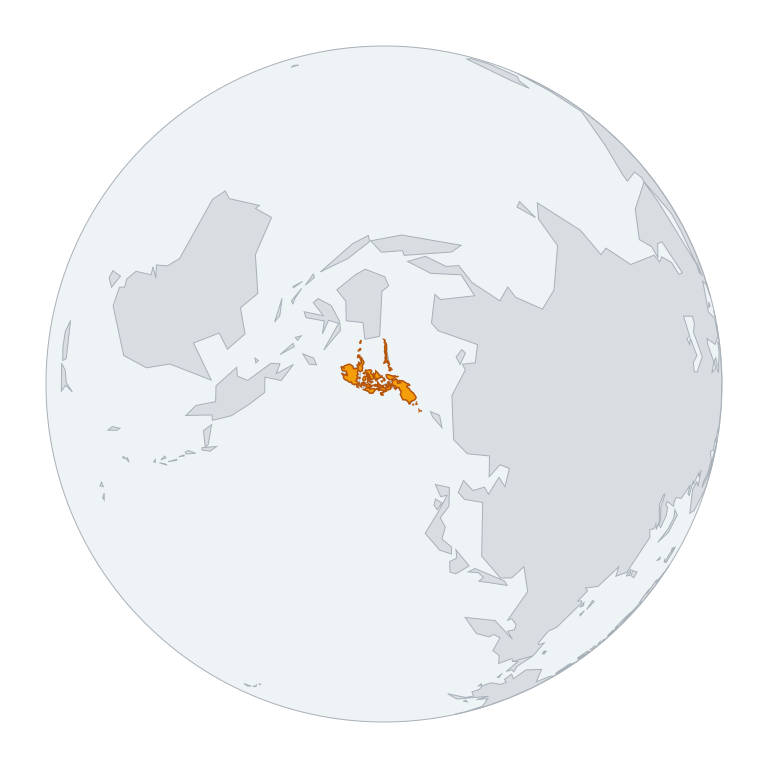 Philippines highlighted on a globe, orthographic projection, rotated 132°
{"feature_id": "PHL", "entity_name": "Philippines", "entity_type": "country or territory", "adm_level": 0, "iso_a3": "PHL", "parent_name": "Asia", "parent_adm1": "", "projection": "orthographic", "projection_center": [122.681, 12.951], "detail": "fine", "context": "on_globe", "style": "filled", "palette": "amber", "viewbox_px": 768, "rotation_deg": 132, "n_neighbors": 0, "source": "natural_earth", "source_scale": "50m", "svg_char_len": 15404}
<svg xmlns="http://www.w3.org/2000/svg" viewBox="0 0 768 768"><g transform="rotate(132 384 384)"><circle cx="384" cy="384" r="338" fill="#eef3f6" stroke="#a8b0b8"/><path d="M657.3,514.4L657.0,516.7L656.6,517.0L657.3,514.4ZM576.3,106.1L557.7,95.2L548.4,96.2L556.7,104.2L546.1,97.3L569.4,119.2L571.6,129.4L562.2,113.4L555.9,108.6L554.0,112.6L547.1,108.8L542.2,108.9L534.1,104.2L529.3,96.4L524.0,93.6L522.9,96.8L514.2,95.0L516.5,90.5L501.5,87.2L490.6,75.9L503.5,71.6L490.6,65.3L486.9,62.1L510.4,70.6L533.2,80.8L555.2,92.7L576.3,106.1ZM700.3,287.7L697.5,280.5L699.8,283.3L700.3,287.7ZM695.3,277.3L696.4,279.5L695.4,277.9L695.3,277.3ZM694.3,277.0L695.0,277.2L694.5,277.7L694.3,277.0ZM693.2,277.5L693.7,276.9L693.8,277.3L693.2,277.5ZM690.6,276.0L689.8,275.5L689.9,274.1L690.6,276.0ZM577.3,107.2L574.8,105.3L583.0,110.9L581.9,110.2L577.3,107.2ZM564.3,111.6L564.5,109.4L566.6,113.0L564.3,111.6ZM542.9,109.8L545.1,111.8L541.6,111.1L542.9,109.8ZM526.1,103.6L519.9,102.4L525.4,102.2L526.1,103.6ZM515.8,100.8L500.8,98.8L504.3,102.9L486.1,91.3L504.8,96.2L511.0,95.0L511.1,97.9L515.8,100.8ZM481.3,60.4L486.5,62.0L484.3,61.6L477.1,59.3L478.5,60.4L466.2,57.0L462.7,55.7L466.5,56.4L458.9,54.7L461.5,55.1L481.3,60.4ZM478.4,85.7L474.1,84.5L477.7,84.4L478.4,85.7ZM455.3,53.7L454.7,53.6L444.8,51.6L447.7,52.1L455.3,53.7ZM484.8,62.6L481.9,62.4L471.2,59.5L468.6,59.2L465.7,56.9L484.8,62.6ZM441.5,51.0L439.8,50.7L438.8,50.6L441.5,51.0ZM458.5,54.5L457.3,54.3L454.7,53.7L458.5,54.5ZM437.8,50.4L439.4,50.7L439.9,50.8L435.0,50.1L437.8,50.4ZM458.3,55.3L454.4,54.4L458.9,56.0L451.1,54.4L450.6,53.4L447.5,53.2L445.0,52.8L447.3,52.6L458.3,55.3ZM429.6,49.2L434.8,49.9L431.7,49.9L428.3,49.0L419.8,48.0L429.6,49.2ZM440.7,51.4L435.1,50.4L437.9,50.6L443.5,51.5L440.7,51.4ZM445.9,53.9L458.1,56.6L457.8,56.8L445.9,53.9ZM428.0,49.4L428.9,49.7L426.9,49.3L428.0,49.4ZM439.8,52.3L444.1,53.1L443.7,53.2L439.8,52.3ZM427.1,49.9L426.0,49.4L429.7,49.8L427.1,49.9ZM432.4,50.9L430.7,51.0L431.7,50.3L434.5,51.2L432.4,50.9ZM438.6,52.4L439.8,52.7L436.9,52.0L438.6,52.4ZM413.5,49.1L413.8,48.0L422.1,48.7L420.7,49.5L413.5,49.1ZM100.9,199.5L94.6,210.8L94.3,215.8L113.4,191.1L114.0,182.0L124.8,168.1L133.0,164.4L134.1,174.4L138.3,169.4L146.7,153.9L156.1,147.9L150.6,148.1L146.0,154.1L142.5,154.9L146.4,149.6L149.6,147.3L151.9,143.0L136.1,156.3L129.8,163.8L130.1,161.1L119.5,173.8L117.0,176.9L134.6,156.0L153.9,136.5L174.7,118.7L196.8,102.7L192.5,106.2L194.9,105.1L205.4,98.7L202.1,101.6L213.2,94.9L215.5,96.4L222.0,89.5L234.5,83.5L242.9,81.2L248.2,78.4L234.4,82.3L227.9,85.3L220.4,89.5L203.6,98.4L203.2,98.5L210.8,93.8L225.2,85.7L225.4,85.6L246.0,75.5L270.6,68.8L275.4,70.3L255.8,84.1L247.2,86.2L250.0,82.0L235.5,90.9L242.4,87.7L239.7,90.6L250.9,87.0L249.6,89.0L262.7,82.6L262.3,84.7L254.0,88.7L270.2,86.6L272.8,90.9L277.2,89.6L281.1,87.0L281.8,95.0L285.0,93.8L286.0,90.6L292.9,86.3L305.5,82.4L305.1,85.3L300.5,87.1L290.1,96.1L277.9,101.4L279.0,102.3L289.5,98.5L302.1,87.4L309.9,84.3L305.1,89.2L307.4,87.2L311.1,86.6L314.3,89.1L320.1,83.8L361.4,77.6L371.7,83.0L362.8,87.2L391.2,89.5L400.6,97.7L401.5,94.4L415.7,94.7L412.9,92.0L414.4,90.6L449.6,92.9L457.5,96.5L473.6,96.0L474.1,94.6L469.2,91.7L486.1,91.3L504.3,102.9L502.3,105.2L515.0,111.8L508.7,116.8L509.3,124.7L495.0,127.9L496.7,134.8L501.6,136.7L507.6,148.4L503.2,167.5L485.5,143.2L487.8,117.8L485.0,126.8L479.3,122.6L474.4,124.8L473.0,132.0L476.8,134.1L442.1,138.3L426.1,157.8L442.5,159.3L450.3,167.6L446.5,196.3L406.0,231.4L415.9,247.0L414.9,256.3L402.5,260.3L403.7,246.7L393.4,240.3L396.0,232.6L376.5,236.1L379.4,225.4L362.8,234.3L366.4,243.7L382.5,243.8L366.9,257.5L380.1,275.4L378.8,295.0L347.2,325.8L319.1,332.9L316.8,338.9L307.2,330.4L292.1,340.9L308.1,379.2L306.9,389.5L283.4,406.2L283.3,398.4L257.8,375.7L251.2,399.7L270.5,423.3L277.1,448.4L261.4,438.6L255.0,416.4L246.0,407.7L249.7,386.5L244.7,353.5L229.1,357.0L231.5,344.4L222.3,316.3L200.5,320.5L165.0,347.6L158.0,379.4L146.8,391.3L138.3,340.9L142.7,309.4L134.5,310.0L130.1,280.6L107.5,269.5L108.9,261.0L103.6,262.6L101.3,251.7L105.2,238.2L101.6,236.8L92.4,272.6L96.7,274.6L106.8,264.8L102.9,277.1L105.8,290.9L86.0,314.3L60.1,325.8L65.3,301.5L86.0,231.4L89.7,225.2L90.1,224.4L90.9,223.0L84.7,232.6L90.9,219.8L71.5,265.8L64.9,284.9L59.6,327.0L58.2,329.9L58.9,339.7L70.4,338.8L68.8,346.6L58.6,379.4L49.4,419.4L55.1,455.6L62.0,484.7L64.0,492.6L56.7,468.2L51.3,443.3L47.8,418.1L46.2,392.7L46.5,367.2L48.7,341.8L52.9,316.7L58.9,291.9L66.7,267.7L76.4,244.1L87.8,221.4L100.9,199.5ZM127.3,200.2L133.1,206.8L144.3,188.3L147.5,189.6L150.1,183.3L145.0,187.0L153.5,170.5L161.0,168.6L167.3,161.7L165.7,159.3L150.6,165.8L138.3,188.8L131.1,194.0L127.3,200.2ZM401.6,46.5L402.5,46.6L396.1,46.3L403.3,46.7L393.1,46.5L394.8,46.8L386.4,47.4L373.1,47.4L376.1,47.8L369.8,48.9L358.6,49.6L364.3,48.4L347.8,50.4L349.1,49.2L347.1,49.5L343.8,49.3L336.3,49.9L338.5,49.4L334.6,49.9L332.3,50.1L327.8,50.8L328.4,50.7L352.7,47.5L377.2,46.1L401.6,46.5ZM410.8,49.1L394.6,48.4L387.4,47.7L405.0,47.2L404.9,46.9L415.9,47.6L426.1,48.8L422.0,48.4L420.4,48.4L417.8,48.0L418.7,48.3L413.1,48.0L412.3,48.3L407.2,47.8L410.8,49.1ZM309.7,58.7L314.2,57.3L315.7,57.2L327.8,54.9L327.8,56.1L320.5,58.0L309.7,58.7ZM109.6,194.0L105.8,197.5L107.5,194.2L108.5,193.6L109.6,194.0ZM113.0,182.2L109.0,188.0L111.7,183.9L113.0,182.2ZM311.7,59.6L316.7,58.4L313.6,59.8L311.7,59.6ZM328.4,57.0L325.9,58.4L329.2,56.0L328.4,57.0ZM203.9,660.7L210.9,665.1L207.6,664.2L203.9,660.7ZM73.5,492.8L87.2,540.0L83.7,536.6L76.1,520.6L66.3,490.8L68.2,486.0L67.1,473.8L73.5,492.8ZM362.4,513.2L372.9,515.6L372.6,517.0L362.4,513.2ZM351.4,507.0L363.3,508.6L349.5,510.1L351.4,507.0ZM367.9,509.2L380.1,507.4L385.3,505.3L384.4,508.4L367.9,509.2ZM343.4,506.3L300.7,501.2L284.1,495.1L287.8,490.0L314.6,494.7L343.4,506.3ZM286.5,489.7L261.5,470.6L229.3,419.5L240.7,422.1L274.9,455.1L272.6,459.6L287.8,474.1L286.5,489.7ZM348.0,467.8L345.6,482.1L321.9,478.3L311.2,474.7L303.8,455.2L307.9,446.2L316.6,447.5L351.5,419.1L363.5,428.2L352.4,440.7L362.3,454.4L348.0,467.8ZM158.9,382.8L163.5,403.6L157.7,405.4L158.9,382.8ZM366.7,398.0L351.9,410.7L365.7,393.2L366.7,398.0ZM375.4,381.1L375.8,388.4L370.5,380.9L375.4,381.1ZM315.6,348.6L306.3,349.1L306.6,344.1L318.6,340.5L315.6,348.6ZM377.7,311.7L375.8,326.2L373.4,331.0L370.1,321.7L377.7,311.7ZM318.5,74.6L301.7,75.9L289.6,79.0L282.8,83.7L285.2,78.3L303.9,73.4L318.5,74.6ZM356.1,76.5L362.0,73.5L364.3,75.2L363.3,76.1L356.1,76.5ZM356.2,74.4L354.4,70.2L360.9,68.8L361.1,72.3L356.2,74.4ZM332.3,63.0L327.4,63.0L330.0,61.7L332.3,63.0ZM577.8,637.1L581.4,638.5L571.8,647.0L558.6,655.8L546.4,659.5L577.8,637.1ZM481.1,661.3L480.2,652.0L494.4,651.2L489.0,659.4L481.1,661.3ZM587.0,630.2L595.6,621.0L598.5,610.2L598.0,619.7L605.2,619.0L584.4,637.4L587.0,630.2ZM427.3,619.9L361.5,635.0L346.8,631.2L349.8,623.1L334.7,596.1L339.5,597.1L335.5,579.0L373.9,566.2L401.2,538.3L423.4,541.7L439.7,520.8L463.0,523.6L456.4,540.6L481.0,553.0L496.7,515.0L512.5,556.6L530.9,571.3L537.0,596.5L507.2,637.6L489.2,645.3L485.4,641.6L478.1,645.5L466.1,643.6L458.7,630.2L451.4,634.1L458.1,624.3L447.8,632.8L441.2,624.0L427.3,619.9ZM593.6,550.6L597.2,551.6L603.1,558.3L597.3,557.3L593.6,550.6ZM648.1,523.8L649.8,527.0L646.0,528.2L648.1,523.8ZM656.6,517.0L652.2,519.0L657.3,514.4L656.6,517.0ZM611.9,526.1L613.8,528.6L612.3,529.5L611.9,526.1ZM610.5,525.3L612.6,521.1L612.3,525.2L610.5,525.3ZM593.0,503.6L595.1,501.4L596.1,503.1L593.0,503.6ZM388.5,517.1L403.0,507.1L411.1,506.8L388.5,517.1ZM589.7,499.1L584.3,498.8L584.8,496.6L589.7,499.1ZM590.0,493.9L589.4,490.8L592.9,498.1L590.0,493.9ZM579.5,487.0L586.2,492.5L578.7,487.7L579.5,487.0ZM575.5,487.8L570.7,485.3L571.0,484.3L575.5,487.8ZM522.1,491.1L540.0,510.2L525.8,509.4L509.8,497.3L497.8,507.6L470.1,504.6L476.3,498.2L472.5,487.7L444.3,481.9L438.6,474.8L448.5,471.0L430.1,464.4L450.2,462.7L458.6,477.1L470.1,467.0L490.1,470.8L509.8,476.3L525.8,487.2L522.1,491.1ZM450.6,493.0L454.1,493.3L451.1,497.2L450.6,493.0ZM561.5,477.6L568.5,484.4L567.7,486.0L564.3,485.0L561.5,477.6ZM529.5,484.9L546.7,474.1L550.7,474.4L539.4,487.0L529.5,484.9ZM542.4,466.6L550.4,468.4L554.8,474.9L553.1,476.6L542.4,466.6ZM409.4,477.4L408.7,481.1L403.5,477.7L409.4,477.4ZM416.1,475.6L431.8,481.0L414.7,478.8L416.1,475.6ZM369.3,458.3L373.7,467.8L387.9,463.3L377.1,470.6L386.9,486.4L383.7,491.7L373.9,474.7L370.8,491.0L364.6,490.1L361.0,475.6L367.2,458.8L373.4,452.2L399.1,451.5L369.3,458.3ZM415.9,464.6L411.8,453.6L414.9,446.9L419.4,452.8L415.9,464.6ZM399.9,427.3L389.4,414.1L379.5,417.9L399.9,402.7L406.5,417.8L399.9,427.3ZM391.6,399.7L382.3,403.1L392.1,394.1L391.6,399.7ZM380.1,398.8L379.4,390.2L386.5,392.1L380.1,398.8ZM396.3,400.6L398.7,386.4L402.0,395.1L396.3,400.6ZM377.3,371.2L392.0,386.4L372.3,378.6L373.0,351.2L381.6,351.4L377.3,371.2ZM435.0,268.8L433.8,261.3L441.9,260.4L440.5,265.8L435.0,268.8ZM467.4,253.5L443.7,257.9L424.5,262.6L429.8,266.5L424.3,278.5L417.1,266.1L431.5,253.9L445.8,252.7L449.2,242.8L460.5,237.2L459.9,224.8L465.2,220.1L470.2,231.4L467.4,253.5ZM459.1,219.6L462.2,199.0L477.0,203.6L479.6,209.1L472.0,216.4L464.6,213.4L459.1,219.6ZM467.2,195.6L460.2,192.9L449.8,162.7L451.3,157.8L467.0,181.6L461.1,180.6L461.1,187.6L467.2,195.6ZM474.8,86.1L474.2,84.6L477.4,86.4L474.8,86.1ZM412.6,89.2L415.2,87.5L418.9,89.1L412.6,89.2ZM424.4,84.2L418.4,83.4L424.9,83.0L424.4,84.2ZM405.0,82.3L416.1,82.5L405.2,84.2L405.0,82.3Z" fill="#d9dde1" stroke="#a8b0b8" stroke-width="1"/><path d="M375.2,350.6L379.3,352.5L380.4,352.3L381.0,351.4L381.7,351.6L382.0,352.4L381.2,353.9L381.0,356.2L381.5,357.6L382.3,358.3L382.5,359.1L383.1,359.4L380.9,364.9L378.9,365.6L377.8,366.4L377.9,368.0L376.7,370.0L378.4,373.5L378.0,373.8L378.0,374.4L378.8,376.8L379.6,377.7L381.3,378.2L381.7,377.8L381.2,376.9L382.9,375.9L383.7,375.9L385.4,376.7L386.2,378.0L386.4,379.3L387.2,379.3L387.5,378.8L387.3,378.0L387.7,377.4L388.3,378.0L390.5,378.8L390.7,379.0L390.4,379.4L389.0,379.9L390.5,382.1L390.3,383.0L392.4,383.5L391.9,386.2L390.9,385.5L391.3,384.2L389.4,384.2L387.6,383.4L387.5,382.4L386.8,381.1L385.0,380.1L383.5,378.4L382.8,378.5L383.0,379.8L383.9,381.4L384.0,382.2L383.5,382.6L382.3,380.6L380.5,379.1L378.8,378.2L377.2,378.7L376.3,379.9L374.9,379.7L373.5,378.5L372.8,378.4L372.3,378.9L372.2,376.7L374.0,374.9L374.1,374.0L372.0,372.6L372.1,374.9L371.2,375.1L370.1,373.1L369.2,372.7L368.2,366.9L367.5,365.9L367.5,364.4L367.9,364.0L369.7,365.7L370.9,365.3L370.6,362.2L371.2,360.3L371.3,357.9L371.0,356.3L372.4,351.2L373.6,350.7L375.2,350.6ZM403.3,405.3L404.4,405.5L404.4,406.4L405.1,407.4L405.2,408.0L404.2,409.5L405.5,410.2L406.0,411.8L405.9,414.0L406.7,414.9L406.8,417.4L406.0,418.8L404.5,419.8L404.8,420.4L404.6,422.9L403.7,419.8L402.4,417.0L401.6,417.4L399.8,420.8L401.0,422.1L401.5,423.5L401.5,424.9L400.3,426.8L399.6,427.2L399.0,426.2L399.0,424.4L397.8,425.6L397.2,425.6L393.0,423.5L392.2,422.5L391.6,419.1L392.8,417.4L392.9,416.7L391.5,415.1L389.8,414.2L388.7,414.3L388.2,416.6L386.9,415.9L386.4,414.9L385.8,415.8L384.9,415.9L384.6,414.8L383.6,414.6L382.8,415.3L380.8,419.3L379.8,419.2L379.5,418.6L379.6,417.9L380.3,416.9L380.8,414.3L381.4,413.5L382.3,412.9L385.3,412.2L385.8,411.9L386.2,410.6L387.9,409.8L388.4,409.0L389.8,409.5L390.8,410.6L391.0,412.0L390.3,412.8L390.5,412.9L392.9,411.8L394.1,409.6L395.3,410.0L396.0,409.8L396.3,408.0L396.7,407.4L398.3,408.0L398.7,407.0L400.4,407.1L400.6,406.4L399.9,403.3L400.2,402.7L402.6,404.1L403.3,405.3ZM386.6,406.9L385.8,406.9L385.1,405.4L383.3,404.4L382.4,403.2L382.4,402.4L382.8,401.6L384.2,401.5L385.0,400.9L384.8,398.4L385.6,397.3L385.8,396.2L387.3,395.5L388.8,395.9L389.1,396.8L386.8,402.2L386.7,403.7L387.7,405.7L386.6,406.9ZM398.7,386.4L399.2,387.6L400.5,388.4L400.0,389.8L400.2,391.9L400.9,393.5L400.7,394.0L401.5,394.4L401.7,395.1L401.0,394.6L398.8,394.6L397.6,393.4L396.9,392.2L397.4,390.9L396.7,390.9L395.5,389.4L394.2,388.7L393.3,386.2L394.9,386.5L398.2,386.2L398.7,386.4ZM380.2,390.2L383.6,392.2L384.9,392.0L385.4,392.4L385.2,392.9L386.8,392.3L386.5,393.8L385.9,394.8L384.7,395.6L384.5,396.5L383.1,397.3L381.2,397.7L379.8,398.8L379.9,396.3L380.4,394.9L380.7,391.7L380.5,391.2L379.4,390.8L379.6,390.5L380.2,390.2ZM356.7,407.8L352.2,410.7L353.0,408.6L356.1,405.6L357.5,405.0L362.8,399.2L364.0,398.4L364.5,397.2L364.2,396.3L364.5,395.5L365.6,393.3L365.9,393.5L365.7,395.7L366.6,398.3L364.8,399.3L363.7,400.9L361.4,401.7L361.3,402.6L359.3,405.6L357.5,406.5L356.7,407.8ZM370.9,380.6L374.3,380.8L375.1,381.4L375.5,381.1L377.3,382.9L377.1,384.1L377.4,385.8L376.6,387.8L375.7,388.3L375.0,388.1L373.9,386.6L372.3,382.7L371.5,382.1L371.2,381.3L370.6,381.2L370.9,380.6ZM393.5,392.3L395.4,393.6L396.4,393.1L397.0,393.2L397.6,394.2L397.5,396.7L398.4,397.6L399.0,399.5L398.3,399.7L398.3,400.2L397.4,399.2L397.6,401.1L396.2,400.4L395.9,398.8L396.2,396.7L395.5,395.7L394.2,395.9L393.5,392.3ZM388.7,403.8L387.8,404.8L387.7,404.4L388.1,401.6L390.0,398.6L391.9,393.9L391.7,399.0L389.9,400.6L388.7,403.8ZM395.1,402.6L393.8,403.5L392.4,403.7L391.3,403.6L390.6,402.5L392.7,400.6L393.6,400.4L395.0,401.2L395.1,402.6ZM389.1,387.0L391.1,388.6L391.8,389.8L391.9,391.0L390.0,389.9L390.1,389.6L388.6,388.3L386.8,390.0L387.4,387.3L387.2,386.2L389.1,387.0ZM393.9,378.5L393.4,380.3L392.6,380.5L391.8,379.8L392.3,379.0L392.3,377.9L392.8,377.3L393.9,378.5ZM380.6,422.4L379.8,422.5L378.9,421.3L379.0,421.0L380.4,420.5L381.9,421.4L380.6,422.4ZM369.1,388.5L369.9,388.2L370.5,389.1L370.4,389.5L368.6,389.5L367.8,388.3L367.9,387.8L369.1,388.5ZM379.3,380.4L380.8,381.0L380.8,381.6L380.1,382.5L379.1,381.8L379.3,380.4ZM374.4,424.3L375.4,424.8L376.4,424.9L376.6,425.2L375.9,425.6L375.4,425.2L373.7,425.5L373.4,425.1L374.4,424.3ZM401.5,401.8L400.3,400.6L400.5,399.5L401.3,398.7L401.5,401.8ZM380.9,385.8L380.2,389.0L379.6,387.6L380.1,386.1L380.9,385.8ZM369.7,429.2L369.4,429.7L369.0,429.4L368.0,430.2L367.2,430.2L367.2,429.9L369.2,428.7L369.7,429.2ZM380.3,371.9L380.0,372.5L380.2,373.3L379.7,373.9L379.2,371.7L380.3,371.9ZM383.8,398.6L383.2,398.9L383.2,397.8L384.1,397.0L384.3,397.5L383.8,398.6ZM368.7,391.3L368.2,391.3L367.7,389.8L368.7,390.0L368.7,391.3ZM395.1,392.6L394.4,392.6L393.7,391.5L394.6,391.4L395.1,392.6ZM384.0,387.1L383.6,387.9L382.5,386.9L383.6,386.7L384.0,387.1ZM403.6,402.6L403.2,402.2L403.7,400.9L404.3,402.4L403.6,402.6ZM386.1,383.0L387.9,385.5L385.5,383.4L385.6,383.1L386.1,383.0ZM368.5,398.0L367.3,398.6L367.1,398.0L367.6,397.5L368.5,398.0ZM389.7,405.6L390.0,406.5L389.4,406.7L388.7,406.1L389.7,405.6ZM389.4,385.6L390.3,387.4L389.2,385.9L389.4,385.6ZM351.3,412.4L351.0,413.9L350.7,413.4L350.8,412.5L351.3,412.4ZM396.4,406.4L396.2,406.7L395.6,406.5L395.5,405.9L396.0,405.8L396.4,406.4ZM402.1,418.2L402.1,419.5L401.6,418.5L401.7,417.8L402.1,418.2ZM370.2,379.2L370.2,379.6L369.2,379.0L369.2,378.7L370.2,379.2ZM398.8,400.6L399.1,401.7L398.2,400.4L398.8,400.6ZM380.1,348.6L379.2,349.3L379.9,348.3L380.1,348.6ZM379.9,376.5L381.1,377.8L379.9,376.9L379.9,376.5ZM377.5,346.3L377.6,346.8L376.7,346.3L376.8,346.0L377.5,346.3ZM367.7,392.3L367.5,393.2L366.9,392.9L366.9,392.6L367.7,392.3ZM384.8,416.5L385.5,416.9L384.7,417.2L384.8,416.5ZM396.6,391.9L396.5,392.2L396.1,392.0L395.8,391.2L396.6,391.9ZM390.2,393.8L390.6,394.6L390.1,394.6L389.9,394.0L390.2,393.8ZM353.0,411.6L352.6,411.7L352.5,411.0L353.0,411.1L353.0,411.6ZM403.1,403.7L402.8,403.5L403.1,402.7L403.2,403.1L403.1,403.7ZM375.8,347.3L376.0,348.3L375.7,347.8L375.8,347.3ZM380.4,339.8L379.8,340.4L379.9,339.9L380.4,339.8ZM379.4,337.6L379.3,338.4L379.1,338.4L379.4,337.6ZM393.9,397.6L393.3,397.8L393.6,397.2L393.9,397.6ZM381.7,386.1L381.6,386.6L381.7,386.1L381.7,386.1Z" fill="#f59e0b" stroke="#b45309" stroke-width="1.5"/></g></svg>